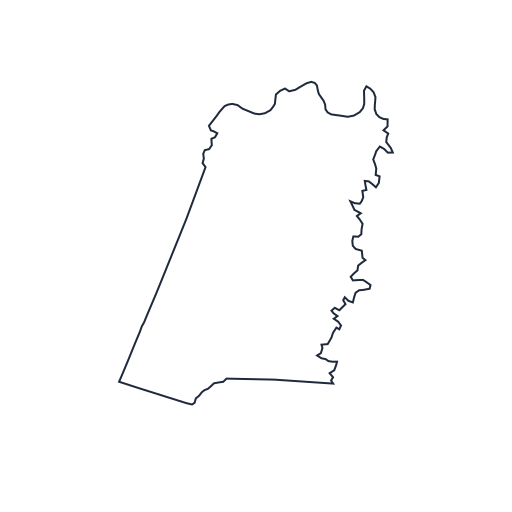 outline of Engenheiro Beltrão, Paraná, Brazil, rotated 334°
{"feature_id": "56859067B7078612877165", "entity_name": "Engenheiro Beltrão", "entity_type": "district", "adm_level": 2, "iso_a3": "BRA", "parent_name": "Brazil", "parent_adm1": "Paraná", "projection": "mercator", "projection_center": [-52.222, -23.762], "detail": "fine", "context": "isolated", "style": "outline", "palette": "slate", "viewbox_px": 512, "rotation_deg": 334, "n_neighbors": 0, "source": "geoboundaries", "source_scale": "gbopen_adm2", "svg_char_len": 2417}
<svg xmlns="http://www.w3.org/2000/svg" viewBox="0 0 512 512"><g transform="rotate(334 256 256)"><path d="M355.5,118.2L350.1,118.1L344.7,119.6L341.5,124.6L339.7,127.5L336.6,129.5L332.8,131.3L326.6,131.6L321.2,130.1L317.0,127.3L308.4,117.6L305.6,112.3L301.4,108.9L297.5,107.7L293.5,107.5L286.5,110.4L281.7,113.0L275.4,116.1L270.8,118.3L270.5,123.3L272.8,125.6L275.0,128.7L271.2,131.3L267.3,131.1L264.8,137.1L260.7,139.4L256.4,138.4L253.4,141.0L251.8,145.6L248.7,149.1L249.6,154.0L209.6,192.2L181.5,217.5L157.3,239.3L149.0,246.7L132.0,261.5L126.3,266.6L122.5,269.2L118.4,273.2L107.7,282.6L96.6,292.6L85.7,302.2L81.8,305.6L77.8,309.0L93.9,324.5L129.0,357.8L133.4,361.4L136.5,361.0L139.5,357.6L143.5,356.7L147.6,354.7L150.8,354.0L154.7,354.3L158.6,353.2L162.4,352.0L167.4,353.4L171.3,354.7L175.8,353.3L218.2,375.1L269.4,404.5L268.9,400.8L272.1,398.8L270.8,393.6L276.2,393.0L280.0,389.4L282.5,386.5L278.5,384.6L275.0,382.2L273.4,379.2L270.0,376.6L267.3,372.2L271.7,371.8L275.4,367.8L276.0,364.4L281.8,366.6L285.6,364.1L288.2,362.3L291.4,358.9L296.9,355.6L298.7,358.4L301.9,355.8L301.1,351.2L298.4,346.5L302.9,345.7L300.6,341.5L299.9,338.2L304.1,337.1L307.1,341.3L315.3,338.5L315.0,334.0L317.7,332.0L319.4,336.8L322.7,340.2L326.2,336.0L329.4,332.7L333.7,332.0L337.5,333.5L343.8,335.2L346.2,332.3L343.4,327.2L341.7,324.4L338.2,322.8L332.4,320.4L332.0,316.2L336.7,314.5L340.9,313.4L343.6,309.4L348.6,308.3L352.5,307.7L351.0,304.3L353.4,297.6L348.6,293.3L347.5,289.2L349.2,284.6L352.1,281.1L356.4,283.5L360.2,282.6L362.7,278.1L365.9,273.8L365.2,268.5L364.2,264.3L368.9,263.5L364.7,257.7L364.8,253.7L364.8,248.2L367.9,251.8L372.2,254.5L375.1,253.0L378.2,250.1L380.1,244.1L384.2,245.0L385.2,241.1L386.7,236.2L390.1,238.4L392.2,242.7L393.9,246.8L398.4,244.2L402.0,238.6L399.1,235.6L402.4,230.2L403.2,225.9L403.7,220.6L407.7,216.9L409.9,214.6L415.3,211.9L418.1,216.0L419.8,220.9L424.3,223.0L424.5,217.9L423.0,210.7L425.5,206.7L428.5,203.9L425.7,198.9L431.0,197.2L434.2,190.9L430.5,188.6L427.7,185.2L426.4,181.2L427.0,176.1L429.1,172.2L431.1,168.9L433.0,165.6L433.5,160.3L432.0,155.6L429.6,151.9L425.5,154.8L422.3,161.9L419.8,167.0L416.8,170.1L412.2,172.2L405.5,172.7L399.5,171.1L393.9,167.2L385.7,161.7L383.3,158.3L382.8,154.6L384.5,150.2L384.8,146.3L383.5,137.9L384.2,134.1L385.5,129.5L384.7,126.2L382.0,123.7L377.1,122.9L370.7,123.3L364.2,123.9L358.0,122.5L355.5,118.2Z" fill="none" stroke="#1e293b" stroke-width="2"/></g></svg>